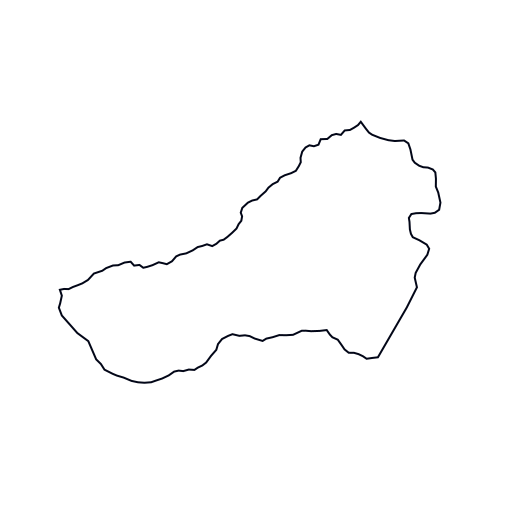 São Jorge do Ivaí, Paraná, Brazil, rotated 208°
{"feature_id": "56859067B31739718391647", "entity_name": "São Jorge do Ivaí", "entity_type": "district", "adm_level": 2, "iso_a3": "BRA", "parent_name": "Brazil", "parent_adm1": "Paraná", "projection": "mercator", "projection_center": [-52.309, -23.436], "detail": "fine", "context": "isolated", "style": "outline", "palette": "ink", "viewbox_px": 512, "rotation_deg": 208, "n_neighbors": 0, "source": "geoboundaries", "source_scale": "gbopen_adm2", "svg_char_len": 2229}
<svg xmlns="http://www.w3.org/2000/svg" viewBox="0 0 512 512"><g transform="rotate(208 256 256)"><path d="M100.8,223.8L98.7,281.3L99.2,303.9L105.7,311.4L107.1,316.1L107.0,325.7L105.3,337.5L106.5,343.7L110.6,346.2L119.2,346.6L126.4,346.2L129.6,348.3L132.6,351.7L136.5,358.2L138.9,361.4L138.5,366.0L134.8,368.9L130.3,371.5L121.9,375.3L118.4,378.1L116.0,382.8L118.2,389.7L124.9,397.6L129.8,401.7L133.4,408.7L136.9,414.0L140.5,415.4L145.7,414.8L150.0,412.9L154.3,412.3L159.6,412.9L163.0,414.5L169.7,422.6L174.4,427.0L179.5,427.5L187.4,422.7L193.5,420.4L201.9,418.5L210.4,417.6L214.2,418.0L218.8,420.0L226.5,423.7L227.4,419.5L229.7,415.3L232.2,411.4L236.6,408.5L237.9,402.8L242.5,401.4L245.8,398.3L248.0,392.8L253.7,389.5L253.1,383.6L256.4,380.1L260.8,378.8L263.2,375.1L264.2,369.9L262.8,363.6L260.5,359.8L260.4,355.4L260.8,349.9L263.9,345.6L268.5,340.8L271.5,336.4L271.8,331.8L275.0,327.3L277.1,322.2L277.8,317.6L280.2,311.2L281.6,306.5L285.4,303.2L288.2,299.3L290.7,292.1L289.8,287.1L286.9,284.5L285.5,280.2L286.3,276.0L286.1,271.1L288.0,265.2L290.3,259.2L292.2,255.2L295.1,252.6L296.7,248.2L299.3,244.2L304.8,243.3L308.2,239.6L311.7,236.5L314.5,231.3L318.8,225.6L323.7,221.6L326.3,218.2L327.7,211.9L330.9,206.9L335.0,205.9L338.9,204.8L343.1,199.3L347.0,195.3L350.0,192.7L354.7,193.4L359.1,190.3L364.0,192.1L369.0,188.5L373.3,183.2L377.8,180.5L382.6,175.0L384.8,170.8L390.9,164.4L393.1,156.0L396.5,150.3L399.7,146.5L403.1,142.7L405.9,138.8L410.0,136.8L413.3,134.1L408.8,129.8L406.7,122.3L405.8,117.8L399.5,112.3L377.6,104.1L364.1,102.1L348.6,89.7L342.2,87.8L336.4,84.5L327.2,84.7L322.7,85.1L315.8,86.5L307.2,87.3L300.9,89.1L295.0,91.7L289.3,95.3L285.7,99.2L281.4,103.7L277.0,109.6L274.0,115.5L270.5,118.5L266.2,120.2L262.0,124.2L256.9,126.5L254.9,130.2L252.0,134.1L250.0,138.5L248.8,146.8L247.0,154.5L248.2,160.4L247.0,166.8L243.1,172.4L240.1,175.9L233.2,177.7L228.5,180.8L224.0,182.3L218.4,182.5L210.3,184.1L208.1,187.9L203.2,192.1L198.3,197.1L192.2,200.2L186.3,203.8L180.5,211.5L177.2,213.3L172.0,215.5L164.7,219.7L158.8,223.8L153.9,221.3L150.4,220.1L144.5,220.5L138.9,217.7L134.0,215.1L128.7,214.1L124.1,216.5L119.4,217.5L114.6,217.7L110.1,217.2L105.3,220.7L100.8,223.8Z" fill="none" stroke="#020617" stroke-width="2"/></g></svg>